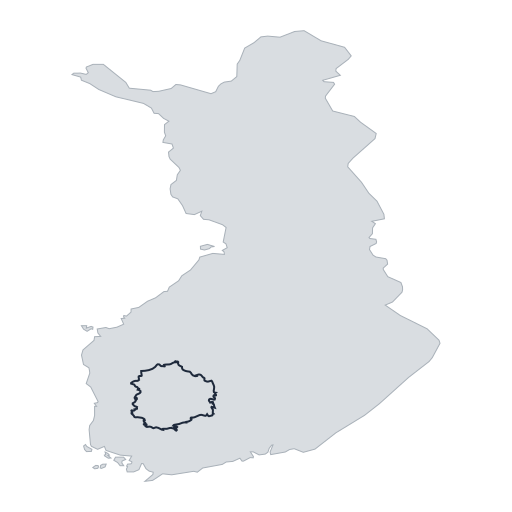 Pirkanmaa highlighted on a map of Finland
{"feature_id": "FIN-3186", "entity_name": "Pirkanmaa", "entity_type": "Region", "adm_level": 1, "iso_a3": "FIN", "parent_name": "Finland", "parent_adm1": "", "projection": "robinson", "projection_center": [23.692, 61.717], "detail": "fine", "context": "in_parent", "style": "outline", "palette": "slate", "viewbox_px": 512, "rotation_deg": 0, "n_neighbors": 0, "source": "natural_earth", "source_scale": "10m", "svg_char_len": 7524}
<svg xmlns="http://www.w3.org/2000/svg" viewBox="0 0 512 512"><path d="M186.1,213.5L182.5,205.6L177.8,198.8L172.6,196.9L170.9,194.3L170.1,188.8L171.0,184.5L176.4,180.4L177.3,174.8L180.4,170.3L178.9,167.4L170.2,159.2L169.0,156.6L168.5,152.1L173.4,148.1L172.0,144.0L162.9,142.4L163.3,139.9L165.7,135.8L164.4,132.2L164.5,124.6L168.9,121.2L163.6,118.4L158.5,113.6L154.1,113.3L151.4,108.1L143.5,103.4L115.9,96.8L98.8,89.5L89.8,83.6L81.4,80.2L80.7,77.1L72.0,74.6L73.7,73.2L80.6,73.1L86.2,74.4L88.3,72.7L86.0,68.2L86.4,67.0L92.9,64.4L103.4,64.4L125.8,82.4L129.3,88.2L150.6,90.2L153.0,91.6L158.8,91.3L171.2,88.5L175.9,84.5L180.5,84.9L211.0,93.7L215.7,91.7L218.4,86.3L220.9,83.9L224.3,82.1L231.3,81.1L236.8,76.6L237.2,64.1L239.8,60.4L244.7,48.1L254.1,42.6L260.9,36.9L267.7,36.1L280.0,37.2L294.6,31.5L304.1,30.7L321.1,40.8L344.6,47.3L351.2,55.9L348.3,59.3L336.1,68.6L335.8,71.1L340.3,75.3L322.7,80.3L324.0,81.7L333.5,82.4L334.6,84.2L325.5,96.1L325.3,98.2L332.7,111.0L354.4,116.5L360.5,122.2L376.2,133.5L375.0,138.6L353.1,158.0L348.2,163.4L347.7,166.8L361.5,182.3L368.9,193.3L377.0,201.2L383.9,214.3L384.4,218.8L371.8,221.3L375.4,223.7L372.6,227.8L372.4,233.7L369.0,237.5L369.8,238.5L375.9,239.3L376.6,241.9L376.1,243.5L370.0,246.5L369.5,249.6L373.0,255.1L375.9,257.0L385.7,258.7L387.0,260.2L387.6,264.1L383.2,268.1L383.3,269.6L387.8,276.7L400.9,282.5L402.5,286.8L402.6,289.7L402.0,292.2L392.5,302.0L385.2,305.1L400.3,315.5L427.1,328.8L439.0,340.2L440.0,343.3L432.3,357.6L429.1,361.5L408.6,377.4L379.5,403.6L364.7,415.2L335.9,432.8L315.0,449.1L303.3,452.3L294.2,448.7L289.6,449.5L285.3,452.0L270.7,454.6L270.1,452.0L273.0,444.9L271.7,445.1L269.2,448.3L267.9,452.2L265.2,454.1L259.1,454.9L253.1,451.8L250.3,451.8L253.4,456.5L253.2,457.8L250.1,457.6L243.5,461.1L242.0,461.1L239.9,458.2L232.8,461.4L226.2,462.0L222.3,464.4L202.7,468.0L197.3,472.2L193.7,471.3L171.7,474.8L162.6,473.8L152.6,480.4L144.9,481.3L152.9,474.5L153.2,472.2L149.1,471.1L146.0,468.7L143.2,463.7L141.6,463.5L138.9,469.7L133.7,471.9L127.2,471.9L126.4,469.1L127.6,466.6L126.6,466.1L127.6,464.1L130.9,463.9L131.8,462.9L131.8,461.7L129.1,460.5L131.7,456.1L120.2,455.1L106.0,450.4L104.4,446.4L97.6,449.3L91.4,446.3L90.5,444.5L89.1,429.6L89.7,425.5L93.4,420.5L94.6,415.5L94.6,406.4L96.6,406.4L94.3,403.3L97.6,402.6L98.1,401.6L90.7,387.0L86.2,383.6L89.8,373.1L89.5,370.7L88.9,367.8L83.5,364.5L81.5,355.1L83.0,349.9L94.0,340.4L94.6,336.7L100.7,336.4L97.9,333.0L97.2,329.0L105.9,327.5L109.2,328.7L116.9,327.2L123.7,324.2L121.2,318.5L124.7,318.3L123.6,316.9L123.8,315.5L126.5,316.1L131.0,312.1L131.1,309.0L138.8,307.4L147.6,301.2L155.6,297.8L163.9,291.6L167.5,291.3L169.3,287.1L178.6,280.8L181.8,275.8L190.5,270.0L198.9,259.9L199.8,257.1L212.8,253.4L224.4,254.4L224.1,251.9L222.3,250.4L227.2,247.7L226.0,243.9L223.2,242.0L226.1,227.5L222.5,224.7L209.0,219.8L203.5,219.3L200.3,215.6L201.8,211.2L194.4,214.6L186.1,213.5ZM115.5,457.2L123.6,457.2L125.7,459.5L122.1,461.0L121.8,462.9L123.7,465.7L120.1,465.7L117.6,462.5L113.8,460.3L115.5,457.2ZM209.5,248.6L204.5,250.0L200.5,249.1L200.4,246.3L207.4,244.4L214.5,246.5L211.0,247.0L209.5,248.6ZM86.7,325.7L86.3,328.1L91.1,326.4L93.0,327.1L92.7,329.3L91.1,328.8L87.1,331.3L83.6,329.2L81.4,325.7L86.7,325.7ZM91.9,449.3L91.4,451.4L86.5,451.6L84.6,449.5L83.6,446.0L85.5,444.5L86.7,446.4L91.9,449.3ZM110.9,458.0L108.3,458.2L104.7,456.0L104.3,455.1L105.7,454.6L105.1,452.0L107.9,453.5L109.4,455.1L107.9,455.5L110.9,458.0ZM105.1,466.9L101.5,468.4L100.2,468.0L100.6,465.4L102.7,464.2L106.2,464.1L105.1,466.9ZM97.8,468.3L94.7,468.8L92.8,467.5L95.7,465.4L98.1,465.6L98.5,466.8L97.8,468.3Z" fill="#d9dde1" stroke="#a8b0b8" stroke-width="1"/><path d="M182.0,366.8L182.1,368.3L182.5,369.2L183.2,369.9L184.0,370.3L185.4,370.9L187.0,371.3L189.8,371.7L191.0,372.9L191.5,373.9L192.8,375.3L193.9,375.7L194.4,376.0L195.7,376.2L196.7,376.0L196.2,375.3L196.8,375.1L198.6,374.5L199.7,374.5L200.9,375.0L201.7,375.8L202.4,376.7L203.2,377.5L203.9,377.7L204.5,378.3L204.4,378.7L204.4,379.5L204.4,380.2L204.5,380.5L205.1,380.9L207.1,381.6L208.1,381.6L211.4,380.7L212.1,381.4L212.4,382.2L213.8,385.4L214.2,386.9L214.0,389.1L213.7,390.8L213.9,392.1L214.7,392.6L215.4,392.7L215.1,392.9L214.9,393.0L215.1,393.4L215.9,394.6L216.0,395.3L215.6,395.6L215.0,395.4L214.7,395.2L214.2,395.1L213.7,395.4L213.4,396.2L213.6,396.9L214.1,397.4L215.0,398.2L215.0,398.6L214.9,398.9L214.7,399.0L214.7,399.5L213.9,399.7L211.7,399.0L210.2,398.8L209.1,399.5L208.9,400.5L209.3,401.3L210.0,402.1L210.2,402.6L211.0,402.4L211.8,401.9L212.9,402.1L213.1,402.9L212.6,403.4L212.7,403.7L213.5,403.9L214.0,404.9L214.2,406.3L214.8,407.7L211.7,406.8L211.4,407.2L211.6,407.7L212.1,408.6L212.6,409.2L212.9,409.8L212.9,410.9L212.8,411.9L212.8,412.9L213.5,413.7L212.9,413.9L212.6,414.3L212.5,414.7L212.5,415.0L212.2,415.4L209.5,416.1L208.6,416.1L208.1,415.7L207.3,414.5L207.1,414.2L206.7,414.8L206.3,415.4L205.4,415.8L204.3,415.6L201.8,414.9L200.6,414.9L199.5,415.1L194.7,417.2L193.4,417.5L191.2,417.5L190.8,417.8L190.7,418.5L191.0,419.0L191.5,419.3L191.3,419.9L189.4,421.1L188.0,421.6L186.2,421.9L186.2,422.0L186.3,422.5L184.5,422.4L182.6,422.7L179.1,424.0L174.4,424.8L173.7,425.1L173.3,425.6L174.5,425.8L174.6,426.0L174.4,426.7L174.3,426.9L174.6,427.0L176.3,426.6L176.8,426.6L177.2,427.0L176.9,427.4L176.3,427.8L175.3,428.2L175.4,428.4L175.7,428.6L176.2,429.1L176.6,429.7L176.8,430.0L176.3,430.6L175.7,430.4L173.7,428.5L171.8,428.1L171.2,427.9L169.7,428.0L166.9,428.8L163.0,428.8L162.5,429.0L162.9,429.8L161.7,429.6L158.4,427.9L156.1,427.3L153.4,428.2L152.4,427.8L151.7,427.2L150.7,426.8L149.3,426.6L147.6,426.9L146.7,426.9L146.3,426.7L145.4,426.1L145.3,425.6L145.6,425.3L146.1,425.1L146.5,425.0L146.5,424.6L146.1,424.5L144.4,424.7L144.0,424.6L143.8,424.2L144.0,424.0L144.6,423.6L145.4,423.1L145.2,422.8L144.8,422.6L144.2,422.1L143.8,421.3L143.6,420.8L143.8,420.2L144.7,420.2L144.5,419.3L143.8,418.7L141.9,417.8L137.6,417.2L135.4,417.3L134.7,417.1L134.3,416.8L134.1,416.5L134.0,416.1L133.8,415.7L131.9,413.9L131.6,413.6L131.5,413.2L132.3,412.9L132.2,412.6L132.1,412.3L131.4,410.7L131.6,410.4L132.6,410.5L133.6,410.7L134.0,410.6L134.1,410.3L134.3,410.1L134.6,410.0L134.9,409.9L135.2,409.7L135.1,409.3L135.0,409.2L137.0,408.7L137.0,408.3L136.8,407.8L136.9,407.3L137.0,407.0L136.1,406.6L135.2,406.4L134.1,405.7L132.7,404.2L132.7,403.3L134.9,402.0L135.7,400.8L135.5,400.1L135.7,399.8L136.3,399.7L136.9,399.0L136.8,398.1L136.3,397.8L135.6,398.2L135.4,398.6L135.0,398.7L134.7,398.2L134.6,397.8L134.7,397.4L134.8,397.2L135.4,396.4L136.0,395.3L136.7,394.6L137.5,394.2L138.8,393.7L139.9,393.0L140.5,392.3L140.5,391.1L139.4,390.3L138.6,389.9L137.7,389.7L137.8,389.5L138.0,389.3L139.2,389.1L139.2,388.8L138.2,388.4L137.7,387.9L137.6,387.5L137.1,387.0L136.6,386.9L135.6,386.6L135.0,386.0L134.8,385.4L134.2,384.6L131.1,383.6L131.1,383.0L132.6,381.9L133.8,381.3L135.1,380.9L137.3,380.9L138.1,380.6L138.8,380.1L139.0,379.9L138.8,379.6L138.9,378.8L138.9,378.2L138.7,377.7L138.6,377.0L138.7,376.4L139.4,376.0L140.7,376.0L141.5,375.9L141.7,375.4L141.2,372.2L141.2,371.0L144.9,370.8L148.9,370.1L152.5,368.8L155.2,366.9L156.8,364.9L157.7,364.3L159.1,364.4L159.6,364.7L160.6,365.8L161.3,366.1L163.8,366.2L164.2,366.4L164.6,366.3L164.4,365.5L164.3,365.0L164.2,364.8L165.1,364.6L169.5,364.4L170.9,364.0L172.8,362.9L173.9,362.5L174.5,362.3L175.0,362.0L174.9,361.8L175.0,361.5L175.3,361.3L175.6,361.2L175.8,361.3L175.7,362.3L176.0,362.4L176.3,362.2L176.8,361.7L177.3,361.5L177.8,361.6L178.2,362.0L178.2,362.5L178.0,363.0L178.0,363.4L178.6,364.9L179.5,365.6L182.0,366.8Z" fill="none" stroke="#1e293b" stroke-width="2"/></svg>